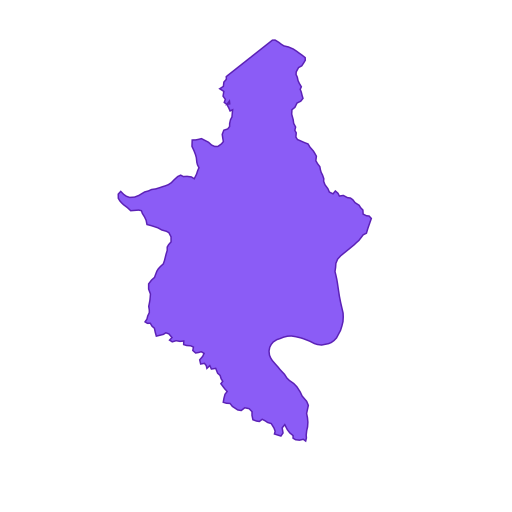 Ibitinga, São Paulo, Brazil, rotated 245°
{"feature_id": "56859067B39469666412393", "entity_name": "Ibitinga", "entity_type": "district", "adm_level": 2, "iso_a3": "BRA", "parent_name": "Brazil", "parent_adm1": "São Paulo", "projection": "mercator", "projection_center": [-48.852, -21.791], "detail": "fine", "context": "isolated", "style": "filled", "palette": "violet", "viewbox_px": 512, "rotation_deg": 245, "n_neighbors": 0, "source": "geoboundaries", "source_scale": "gbopen_adm2", "svg_char_len": 4094}
<svg xmlns="http://www.w3.org/2000/svg" viewBox="0 0 512 512"><g transform="rotate(245 256 256)"><path d="M415.0,384.4L418.6,382.6L421.9,380.7L424.5,379.3L427.9,377.2L431.8,373.7L434.6,370.1L437.2,368.4L440.1,366.9L443.6,364.6L444.7,362.1L431.2,304.9L428.7,303.8L427.2,300.4L423.5,298.1L422.9,293.8L418.8,296.4L414.8,293.7L410.9,294.4L408.6,292.1L405.7,293.7L401.4,293.9L398.4,293.8L398.4,296.6L395.5,294.9L392.2,293.0L390.3,290.5L387.2,288.1L384.5,286.8L383.1,284.1L383.6,280.0L380.5,276.8L376.9,275.7L373.5,274.8L372.2,272.1L371.4,267.7L372.8,264.8L375.4,262.6L379.2,261.0L385.4,256.2L386.0,253.2L386.7,250.4L388.1,247.2L382.4,244.3L377.6,244.3L373.4,244.0L370.4,243.5L366.0,242.0L363.4,241.5L360.1,241.6L358.2,239.4L355.2,236.6L352.1,232.7L355.0,230.8L357.3,227.2L358.7,223.7L361.1,221.9L361.1,218.6L359.7,214.1L358.2,210.2L357.7,206.7L357.9,203.4L358.3,200.7L358.6,197.7L359.2,193.4L360.4,189.4L360.4,186.2L361.1,182.2L360.8,179.1L360.4,175.5L360.7,170.8L362.5,166.2L365.0,163.7L367.8,162.1L371.7,160.7L370.3,157.3L366.5,155.6L363.5,155.9L361.1,156.6L358.5,157.6L354.2,159.9L350.0,161.6L347.2,169.1L345.5,171.3L342.7,171.0L338.4,171.5L334.8,171.5L330.6,170.5L327.8,173.9L325.1,176.8L323.0,179.0L319.4,181.6L316.3,185.2L314.0,186.9L309.3,187.1L304.7,185.0L303.2,181.6L301.6,179.3L298.6,177.9L295.7,175.3L290.4,171.0L288.0,168.6L286.9,165.0L285.7,162.1L284.2,159.8L281.5,157.0L279.5,155.0L278.3,151.1L276.1,146.9L271.4,144.7L266.2,144.3L263.0,142.5L260.8,141.2L258.0,139.2L255.7,137.5L252.2,136.5L249.8,135.4L247.4,132.5L244.9,130.5L243.2,127.6L240.9,129.1L239.7,131.8L236.3,132.1L233.5,133.4L229.1,132.4L225.5,131.8L224.8,135.3L224.1,139.0L224.5,141.8L222.3,144.1L217.6,145.4L216.3,142.1L213.6,143.8L213.0,147.8L210.7,151.1L209.5,154.6L206.3,153.0L204.2,155.3L202.2,158.9L199.9,160.8L197.1,158.8L193.6,160.3L192.8,163.3L192.4,165.9L189.7,167.8L187.6,165.3L185.7,161.1L181.5,160.2L180.5,163.9L177.7,164.6L174.9,164.0L176.2,167.8L172.4,167.8L171.2,172.0L166.0,171.7L162.9,173.0L159.4,172.5L156.5,172.9L155.1,170.2L151.3,171.0L148.6,171.6L145.4,172.6L143.8,169.5L140.7,166.9L137.3,164.5L135.1,166.9L133.3,170.2L129.7,171.0L124.2,174.4L122.2,177.3L123.2,181.7L120.5,185.3L116.6,186.6L113.2,185.0L108.9,184.0L106.2,186.7L104.6,189.1L105.4,192.6L102.7,194.7L100.3,196.1L97.7,199.0L92.4,199.6L89.1,199.3L86.9,197.5L84.2,200.4L82.3,202.5L84.2,205.7L89.2,207.1L91.0,210.8L85.5,211.0L81.3,211.9L77.6,213.7L75.2,212.6L72.8,214.2L70.7,217.6L69.9,221.4L67.3,222.8L69.8,224.8L72.5,225.8L76.4,228.2L79.3,230.5L83.5,232.8L87.7,234.3L91.9,235.3L95.2,237.8L98.5,240.3L102.8,240.5L109.7,238.6L114.1,238.6L120.1,237.8L124.5,236.3L129.2,233.6L132.4,232.4L136.8,231.8L140.7,230.5L143.2,229.7L145.8,229.1L150.1,227.8L154.3,226.6L157.3,226.2L160.4,226.3L164.3,227.6L167.5,229.9L169.5,232.5L170.8,235.3L171.4,239.5L171.0,243.0L170.8,246.7L170.0,250.7L168.6,254.2L166.1,257.9L162.7,262.2L160.7,264.3L156.1,268.7L152.0,271.9L149.9,274.2L147.6,277.8L145.9,284.8L145.8,287.7L146.4,290.9L147.7,294.3L152.9,301.2L156.2,304.2L159.8,307.1L163.9,309.3L167.5,310.8L177.9,313.0L184.4,314.6L191.2,316.6L196.9,318.3L200.5,319.3L204.9,320.3L208.5,321.0L212.0,323.3L215.6,325.3L218.7,328.7L220.4,332.8L224.7,349.8L225.7,352.7L226.6,355.8L229.9,362.1L230.0,365.7L233.8,369.1L241.3,376.4L244.4,375.4L245.9,373.0L248.7,370.8L252.5,372.3L255.7,371.2L258.4,370.9L262.5,368.3L266.1,367.5L268.6,366.1L270.3,363.5L274.0,360.7L275.1,356.9L278.2,356.8L281.4,355.4L279.8,352.1L282.9,349.5L286.6,349.6L291.5,348.6L295.2,348.9L297.4,350.1L301.2,350.5L304.3,350.4L306.9,350.8L310.0,351.6L313.6,350.8L317.1,350.5L320.9,352.9L323.7,352.7L326.7,352.4L331.9,350.9L335.6,350.5L337.7,348.4L339.6,346.7L341.8,344.8L344.0,342.8L346.9,342.4L350.6,344.5L353.5,344.3L356.1,346.4L360.3,346.2L363.8,347.3L369.5,348.3L373.4,350.4L374.3,354.1L377.3,357.8L377.4,362.0L379.0,365.2L381.9,365.6L385.4,366.3L388.4,366.5L390.2,368.6L394.0,368.2L397.2,368.2L400.6,369.0L403.6,369.0L405.9,370.3L408.8,374.2L409.0,377.8L410.7,380.6L412.6,383.4L415.0,384.4ZM405.7,293.7L407.7,297.4L405.0,296.5L405.7,293.7Z" fill="#8b5cf6" stroke="#5b21b6" stroke-width="1.5"/></g></svg>